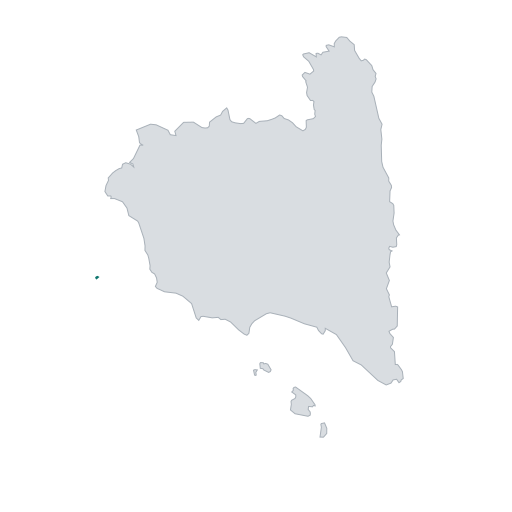 Spain, with Melilla highlighted, rotated 76°
{"feature_id": "ESP-5835", "entity_name": "Melilla", "entity_type": "Autonomous City", "adm_level": 1, "iso_a3": "ESP", "parent_name": "Spain", "parent_adm1": "", "projection": "albers", "projection_center": [-2.939, 35.299], "detail": "fine", "context": "in_parent", "style": "filled", "palette": "teal", "viewbox_px": 512, "rotation_deg": 76, "n_neighbors": 0, "source": "natural_earth", "source_scale": "10m", "svg_char_len": 3877}
<svg xmlns="http://www.w3.org/2000/svg" viewBox="0 0 512 512"><g transform="rotate(76 256 256)"><path d="M270.2,111.7L270.2,112.9L272.4,115.4L279.1,116.7L280.8,117.7L280.6,121.1L279.0,124.0L280.5,125.3L282.1,125.2L284.0,122.8L284.4,124.4L287.5,125.8L294.2,128.3L299.0,128.6L304.0,133.7L312.0,132.5L319.3,137.4L326.0,136.0L327.6,137.0L338.1,136.7L338.5,132.6L339.7,130.9L358.1,135.9L360.4,139.3L360.1,141.1L361.2,145.2L363.6,144.9L368.3,142.4L374.6,145.0L376.4,147.4L377.7,147.6L382.3,144.8L395.0,147.1L395.4,145.1L396.3,144.5L401.5,142.4L403.7,141.9L410.5,142.8L411.4,145.1L412.8,145.9L413.5,147.9L409.6,149.4L409.4,152.9L412.0,155.8L412.6,160.9L406.2,167.9L387.2,180.2L381.1,187.2L366.6,191.3L351.7,197.0L342.9,206.3L345.3,206.9L348.1,209.8L347.3,211.2L343.4,213.4L339.8,214.2L333.5,225.4L324.7,237.2L321.4,242.4L314.5,256.0L314.5,259.8L318.5,273.0L320.7,276.4L323.7,279.3L329.3,281.6L330.7,284.0L328.9,286.4L323.5,290.7L313.9,296.6L309.9,301.2L309.2,305.5L306.4,307.5L305.4,313.5L301.7,321.9L301.5,324.1L304.6,327.1L301.6,329.0L286.6,330.0L277.3,336.7L272.7,342.6L268.6,353.4L263.5,359.8L261.2,361.0L257.6,358.2L253.2,357.8L248.9,358.7L246.6,361.0L243.1,362.2L239.7,361.1L232.2,360.6L228.9,360.7L223.7,362.4L219.3,361.2L211.8,360.5L195.5,361.8L193.5,362.4L186.1,369.6L178.3,369.6L171.1,372.4L166.1,379.3L165.1,383.1L163.7,382.2L162.6,382.4L161.9,385.3L156.9,387.0L151.4,384.5L146.9,380.8L144.5,380.5L140.7,374.9L139.2,371.4L138.1,367.6L138.1,365.0L134.7,363.3L134.0,359.8L136.6,355.5L140.1,353.1L136.9,353.2L134.6,356.0L131.8,351.3L120.4,341.8L121.2,338.7L119.1,341.0L117.7,341.6L111.8,340.9L104.8,341.7L102.6,326.4L104.6,321.1L112.7,311.0L117.6,309.8L119.8,304.5L115.3,304.6L108.8,293.9L111.0,284.3L118.3,277.4L119.5,274.5L119.9,271.9L118.7,269.9L114.9,268.7L111.4,261.0L110.7,256.2L107.6,253.4L105.2,248.6L107.6,247.9L117.4,248.3L119.8,247.2L121.7,244.1L123.8,239.0L124.3,235.9L120.7,231.2L120.6,230.2L121.2,228.8L127.3,224.0L126.2,220.2L127.5,212.3L127.2,207.7L126.7,203.9L124.9,198.9L126.2,197.0L129.4,195.4L131.9,191.5L135.6,188.3L140.3,185.8L145.9,180.2L145.1,177.5L143.3,176.0L136.8,174.6L136.3,173.4L136.6,167.1L135.0,164.5L132.6,164.7L129.0,163.4L128.0,164.1L123.4,163.7L120.2,162.4L118.8,163.3L118.3,165.5L112.7,167.6L109.7,167.4L104.7,165.2L98.9,165.6L98.2,165.0L93.2,167.4L91.6,167.4L89.7,164.1L92.6,159.7L90.5,155.3L89.0,155.1L79.8,157.7L74.3,161.6L72.1,162.0L71.5,161.2L71.6,155.3L77.4,149.3L74.0,148.7L74.2,146.9L76.6,144.2L74.5,141.8L74.9,135.5L69.8,137.3L68.6,136.9L68.7,134.3L72.0,129.4L68.8,128.7L66.6,126.6L63.9,122.3L64.0,120.1L65.9,115.1L70.3,112.9L74.7,109.6L80.4,110.6L89.1,108.1L92.1,106.7L92.1,104.6L91.2,102.9L92.2,101.5L99.3,97.6L103.5,97.4L107.9,95.4L110.6,96.9L113.2,96.6L116.0,98.4L119.6,102.3L125.0,104.0L129.5,103.0L152.1,103.5L158.6,101.8L163.5,104.3L173.1,105.6L178.8,107.7L194.8,111.2L200.6,111.3L212.4,108.3L215.5,109.1L220.2,107.6L222.4,107.9L225.3,110.2L235.6,113.2L238.3,110.6L240.3,110.1L247.7,111.6L255.2,114.7L259.1,114.9L264.7,114.0L270.2,111.7ZM414.7,241.4L417.5,242.5L420.4,241.2L422.0,241.4L423.5,241.9L424.1,244.3L418.5,256.3L413.7,259.8L408.5,257.6L405.6,257.2L404.6,256.3L403.7,252.6L402.4,251.5L400.4,251.0L396.6,254.2L395.4,252.3L393.5,252.0L392.7,250.9L392.7,249.3L404.1,239.6L407.5,237.4L414.7,234.7L415.8,234.9L414.9,236.4L416.0,237.6L414.7,241.4ZM448.1,234.4L447.2,237.7L438.0,234.0L435.1,233.8L434.4,233.2L434.5,229.9L440.3,229.0L445.3,230.3L448.1,234.4ZM367.0,276.6L366.0,279.0L361.5,278.4L360.5,277.5L361.3,274.8L362.6,274.5L362.6,272.6L363.9,270.7L370.1,268.9L371.6,270.1L372.0,271.9L368.4,276.1L367.0,276.6ZM371.7,285.7L371.1,286.2L366.2,286.0L366.0,284.5L366.9,282.3L368.8,284.3L371.6,284.6L371.7,285.7Z" fill="#d9dde1" stroke="#a8b0b8" stroke-width="1"/><path d="M238.4,416.6L237.8,415.9L237.7,414.8L238.3,414.2L239.1,415.8L239.3,416.2L238.4,416.6Z" fill="#14b8a6" stroke="#0f766e" stroke-width="1.5"/></g></svg>